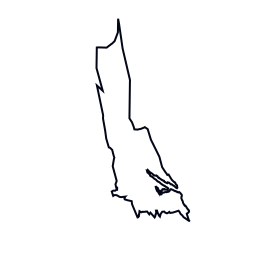 Ulvik nor, Hordaland, Norway (Equal Earth projection), rotated 253°
{"feature_id": "86288312B21987069747825", "entity_name": "Ulvik nor", "entity_type": "district", "adm_level": 2, "iso_a3": "NOR", "parent_name": "Norway", "parent_adm1": "Hordaland", "projection": "equal_earth", "projection_center": [6.947, 60.609], "detail": "fine", "context": "isolated", "style": "outline", "palette": "ink", "viewbox_px": 256, "rotation_deg": 253, "n_neighbors": 0, "source": "geoboundaries", "source_scale": "gbopen_adm2", "svg_char_len": 5277}
<svg xmlns="http://www.w3.org/2000/svg" viewBox="0 0 256 256"><g transform="rotate(253 128 128)"><path d="M72.0,93.9L67.4,94.0L67.6,94.6L67.8,95.1L67.7,95.8L67.5,96.4L67.2,97.2L66.6,98.0L66.0,98.6L65.5,98.9L64.3,100.3L63.9,101.2L63.2,105.1L63.1,104.9L62.9,104.8L62.5,104.7L62.0,104.4L61.7,104.0L60.7,104.0L58.9,106.7L57.0,110.1L53.7,109.6L39.7,111.0L39.7,111.6L40.0,111.8L40.1,112.0L40.6,112.3L40.6,112.5L40.9,112.5L40.8,112.8L41.1,112.9L41.4,112.9L41.9,113.1L42.1,113.2L42.1,113.3L42.7,113.8L43.3,113.8L44.1,114.4L44.7,114.5L45.1,114.7L43.5,116.2L43.6,117.7L43.2,118.4L42.6,121.8L39.2,123.1L39.8,123.8L40.5,124.7L34.7,127.3L35.7,128.3L37.5,129.2L37.7,129.4L37.6,130.2L37.2,130.5L38.4,130.2L39.3,130.3L40.0,130.5L40.8,130.6L40.7,131.0L40.5,131.6L38.1,131.6L37.4,131.7L36.4,132.0L35.4,131.9L33.9,132.6L36.2,134.1L37.9,136.2L37.5,138.2L36.2,138.8L35.0,140.4L35.3,142.0L35.7,142.9L34.4,143.5L34.4,144.2L34.0,146.0L34.1,152.2L33.1,152.5L32.6,152.8L30.7,153.1L30.2,153.3L28.7,154.3L26.7,155.0L25.4,155.9L25.3,156.1L24.7,156.5L20.6,159.8L21.9,159.2L28.8,159.1L29.2,159.9L29.3,160.7L29.6,161.3L29.9,161.5L30.2,161.9L30.8,161.9L31.1,162.1L31.5,162.1L32.2,161.8L32.4,161.7L32.5,161.5L32.8,161.5L33.4,161.2L33.7,161.2L34.6,160.8L35.5,160.7L36.9,160.2L37.2,160.0L37.2,159.8L37.7,159.5L37.6,159.4L37.9,159.3L38.1,159.4L39.8,158.8L41.0,158.8L41.5,158.9L41.8,158.9L42.3,158.8L42.8,158.8L43.1,158.6L44.2,158.6L44.5,158.5L45.2,158.5L45.9,158.8L46.3,158.8L46.7,159.1L47.1,159.5L47.4,159.6L47.5,159.7L48.3,159.8L48.8,159.8L49.8,159.2L50.4,159.1L51.8,158.2L51.8,157.9L51.6,157.5L51.8,157.2L52.7,156.3L52.8,156.2L52.7,156.1L52.9,156.0L53.1,155.7L53.9,155.0L54.0,154.7L53.9,154.5L54.3,154.1L54.4,153.9L54.9,153.6L55.0,153.4L55.7,152.8L55.8,152.6L56.1,152.1L56.5,151.9L57.0,151.1L56.9,150.9L56.9,150.5L56.8,150.3L56.1,149.8L56.0,149.5L55.7,149.3L55.7,149.0L55.4,148.7L55.6,148.3L55.6,148.1L55.2,147.7L55.4,146.6L55.3,146.2L55.7,145.5L55.9,144.6L55.7,143.9L55.7,143.6L55.7,143.2L56.2,142.5L56.0,142.1L56.1,141.8L56.2,141.6L56.3,141.3L56.2,141.2L55.8,141.1L55.3,140.8L55.0,140.8L54.8,140.7L54.8,140.4L55.1,139.9L55.1,139.7L55.6,139.4L55.4,139.2L55.5,139.2L55.4,138.9L55.6,138.7L55.9,138.9L56.3,138.9L56.6,138.9L57.4,138.7L57.3,138.4L57.5,138.4L58.0,138.1L58.4,137.8L59.2,137.4L60.4,137.3L60.9,137.3L61.2,137.2L61.6,137.2L62.9,137.2L63.3,137.3L63.6,137.3L63.6,137.6L63.4,137.6L63.3,137.8L63.2,137.8L62.6,138.0L62.3,138.2L62.1,138.3L62.3,138.5L62.3,138.8L62.1,138.9L60.7,139.1L59.6,139.2L59.1,139.3L58.9,139.3L58.7,139.3L58.5,139.5L58.1,139.7L57.9,139.9L58.1,140.2L57.8,140.4L57.7,140.5L57.8,140.7L57.7,140.7L57.8,140.8L57.6,141.0L58.1,141.3L58.0,141.5L58.4,141.7L58.4,141.9L58.7,142.4L58.7,142.5L59.2,142.8L59.3,142.9L59.3,143.0L59.2,143.3L59.3,143.5L58.9,143.8L58.9,144.1L58.8,144.3L58.7,144.4L59.0,144.7L59.1,144.8L58.8,145.3L58.4,145.6L58.2,145.7L58.0,146.0L57.9,146.5L57.3,147.5L57.5,147.9L58.1,148.5L58.6,148.8L59.1,148.5L59.5,148.1L60.1,147.7L60.6,147.1L60.7,146.9L61.3,146.6L61.7,146.3L61.8,146.1L62.1,146.0L62.2,145.8L62.3,145.7L62.6,145.2L62.9,145.0L63.0,145.0L63.8,144.2L64.0,144.2L64.3,143.8L65.1,143.3L65.4,143.1L66.0,142.7L66.5,142.5L66.9,142.2L67.5,141.6L67.8,141.1L68.3,140.9L68.6,140.5L69.0,140.4L69.3,140.1L70.3,139.7L70.8,139.2L71.0,139.1L71.5,138.6L71.9,138.3L72.0,138.2L73.0,137.6L73.9,137.2L74.5,136.8L74.6,136.7L74.6,136.3L75.0,135.9L75.3,135.8L75.3,135.7L75.6,135.4L76.4,135.2L76.8,135.2L77.0,135.3L77.6,135.1L77.8,135.0L78.3,134.5L78.7,134.4L78.9,134.2L79.3,134.1L79.6,133.7L79.9,133.7L80.7,133.8L80.8,133.6L81.1,133.7L81.3,133.7L81.2,133.8L81.5,133.7L81.3,133.9L82.0,134.2L82.2,134.5L81.8,134.6L81.6,134.9L81.2,135.0L80.6,135.3L80.1,135.7L79.7,135.8L79.3,136.1L78.9,136.3L78.7,136.6L78.0,137.0L77.9,137.3L76.9,138.0L75.8,138.6L75.5,139.0L75.3,139.0L75.1,139.2L74.9,139.3L74.7,139.7L74.6,139.8L74.4,140.3L74.4,140.7L74.4,141.1L74.3,141.3L74.0,141.4L74.0,141.5L73.6,141.7L73.4,141.7L73.2,142.1L71.8,142.4L71.6,142.6L71.2,142.8L71.0,143.0L71.1,143.3L70.3,143.7L69.8,144.2L69.6,144.4L69.3,144.5L69.1,144.7L68.5,145.1L68.3,145.4L68.2,145.6L67.8,145.8L67.7,146.1L67.4,146.2L67.2,146.6L66.6,146.8L66.6,147.0L66.1,147.0L65.4,147.6L65.4,147.8L65.2,148.0L64.7,148.3L64.5,148.6L63.7,149.4L63.7,149.6L64.3,150.1L64.2,150.2L64.0,150.9L63.8,151.2L61.6,152.5L61.5,153.2L61.2,153.5L60.9,153.6L60.5,154.0L59.9,154.3L58.9,155.4L58.7,155.4L57.6,156.0L57.4,156.2L56.7,156.6L56.8,156.9L56.3,157.1L56.1,157.3L56.2,157.5L56.4,157.7L58.8,158.1L60.3,157.3L62.1,157.1L62.3,156.7L62.5,156.6L64.0,155.6L64.9,155.1L66.5,154.5L71.6,153.2L71.6,151.9L73.0,151.6L73.3,151.4L76.6,150.3L77.5,150.1L80.6,149.2L91.3,149.6L95.6,148.9L110.1,146.5L121.2,146.5L123.9,144.3L123.7,143.5L123.4,139.8L123.6,138.3L123.7,136.5L123.8,136.4L124.8,133.7L127.6,133.8L132.2,133.5L136.8,132.2L171.8,143.4L173.2,143.9L205.7,146.1L229.6,149.8L235.4,150.5L222.4,146.3L215.0,140.6L213.4,137.5L213.1,136.4L211.1,131.1L213.9,122.8L214.1,121.7L194.5,115.4L171.0,114.7L177.7,110.7L148.1,108.0L146.9,107.8L144.5,106.9L132.2,105.4L124.3,104.1L115.1,104.0L114.2,105.1L111.6,106.5L108.3,106.3L104.6,106.2L103.8,106.3L102.5,105.5L95.9,102.2L80.7,101.7L80.1,101.3L77.9,99.6L77.0,99.5L75.4,99.4L75.5,99.5L74.0,100.2L72.1,99.5L72.3,98.9L72.0,97.9L71.8,97.6L71.9,97.3L72.4,95.5L72.0,93.9Z" fill="none" stroke="#020617" stroke-width="2"/></g></svg>